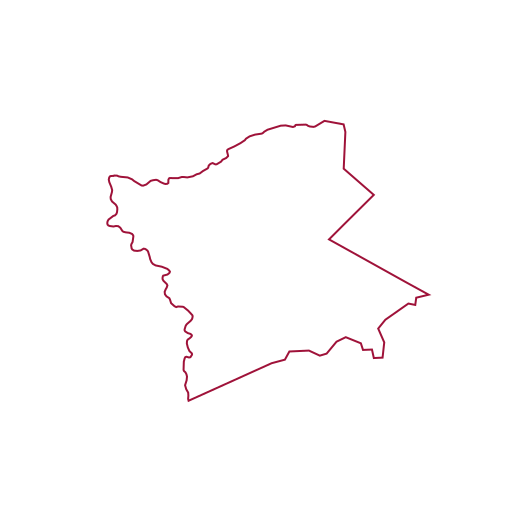 outline of Pike, Pennsylvania, United States of America, rotated 213°
{"feature_id": "52423323B81352708629195", "entity_name": "Pike", "entity_type": "district", "adm_level": 2, "iso_a3": "USA", "parent_name": "United States of America", "parent_adm1": "Pennsylvania", "projection": "robinson", "projection_center": [-74.913, 41.341], "detail": "fine", "context": "isolated", "style": "outline", "palette": "rose", "viewbox_px": 512, "rotation_deg": 213, "n_neighbors": 0, "source": "geoboundaries", "source_scale": "gbopen_adm2", "svg_char_len": 2920}
<svg xmlns="http://www.w3.org/2000/svg" viewBox="0 0 512 512"><g transform="rotate(213 256 256)"><path d="M419.3,245.9L418.5,246.0L421.2,244.1L421.8,243.4L421.9,242.0L421.1,239.9L419.2,238.0L415.1,235.2L412.5,232.9L411.6,231.0L410.1,226.3L408.8,224.6L406.4,223.3L401.7,222.7L400.0,221.9L398.8,221.1L397.6,219.4L396.4,217.0L396.0,215.3L396.4,213.2L397.5,211.9L399.5,206.3L399.4,204.5L399.1,203.5L398.5,202.4L397.6,201.5L396.4,201.2L395.0,201.5L391.6,203.1L389.8,204.9L389.6,205.0L387.7,206.0L385.2,205.8L381.7,204.2L380.4,204.1L378.1,204.9L374.9,206.5L371.9,207.0L370.2,206.4L369.5,205.6L367.4,201.1L367.1,200.3L367.0,198.3L366.6,197.0L364.4,194.6L363.4,194.1L361.2,194.1L358.3,195.6L355.8,197.8L354.3,200.9L353.0,201.5L352.0,201.6L350.0,201.4L348.9,200.9L344.6,197.3L343.1,195.8L340.3,193.9L338.2,193.2L335.1,193.4L329.2,195.7L323.3,196.9L320.7,196.5L319.6,195.9L319.4,194.5L320.2,192.2L323.1,189.0L323.1,188.3L322.4,186.6L321.6,185.6L320.1,184.8L315.6,183.9L314.3,183.1L313.7,180.9L313.6,178.8L313.1,176.2L311.5,174.3L309.1,173.4L305.7,173.4L304.4,172.6L301.5,170.2L297.0,169.5L295.1,169.7L293.9,171.2L289.7,173.6L288.8,173.8L283.1,173.2L277.2,171.7L276.4,171.1L275.6,169.4L275.3,168.1L275.5,166.1L276.8,161.6L277.0,160.4L276.9,158.9L275.9,155.5L275.3,154.7L274.3,154.2L271.2,154.2L268.4,155.0L266.6,154.6L266.3,153.9L266.3,152.8L266.9,150.7L267.7,148.8L267.7,147.8L267.5,147.0L266.3,144.9L263.4,142.2L260.8,140.5L260.0,140.0L256.8,139.4L256.2,138.9L255.9,138.2L255.9,135.4L256.9,134.4L259.5,133.6L260.2,132.7L260.1,131.3L259.0,128.1L254.7,121.0L253.7,120.3L251.8,120.0L249.9,118.9L248.2,117.3L246.5,114.0L245.1,109.0L242.0,106.3L238.5,104.5L236.7,102.1L235.1,99.2L233.7,97.9L184.5,174.6L175.3,184.8L176.0,194.1L160.1,205.5L148.2,207.2L143.6,212.6L141.8,228.0L136.5,236.8L120.5,239.9L115.1,235.5L107.8,240.7L101.6,234.6L94.5,239.7L101.4,253.4L114.0,261.7L112.8,273.0L102.3,299.1L95.8,301.7L98.9,308.3L90.1,317.6L115.8,315.7L203.8,309.7L199.5,330.0L190.5,371.4L230.0,377.0L248.6,408.7L254.2,414.1L272.2,406.6L276.9,396.9L278.1,395.6L281.5,393.9L283.3,393.5L284.8,393.6L285.8,393.3L293.9,387.7L294.2,387.1L294.0,386.0L295.3,384.3L302.2,381.7L306.2,378.8L315.1,368.2L316.8,364.7L317.1,363.2L317.8,361.8L322.9,357.3L326.5,352.9L328.3,348.9L328.4,347.1L330.5,342.2L333.9,336.0L337.3,330.7L337.7,329.8L337.8,328.9L337.1,327.8L334.1,325.0L333.8,324.5L334.4,321.9L336.5,318.5L336.7,316.1L338.9,311.6L339.5,311.0L340.1,310.7L343.0,310.3L344.0,309.0L344.5,308.0L344.9,306.1L344.2,304.0L344.3,303.1L346.8,298.3L348.0,295.0L348.2,294.5L350.3,292.2L352.3,288.5L356.4,284.5L359.4,283.0L361.3,281.8L363.8,278.8L370.9,274.3L371.2,273.7L371.0,272.2L369.3,269.5L369.7,268.3L371.1,267.1L372.6,266.6L376.3,266.0L379.7,266.0L381.3,265.5L383.7,263.4L385.3,261.6L386.9,256.3L389.0,253.5L390.4,252.8L399.1,252.5L401.7,252.8L406.4,252.0L412.5,248.8L414.5,248.0L416.4,247.7L419.3,245.9Z" fill="none" stroke="#9f1239" stroke-width="2"/></g></svg>